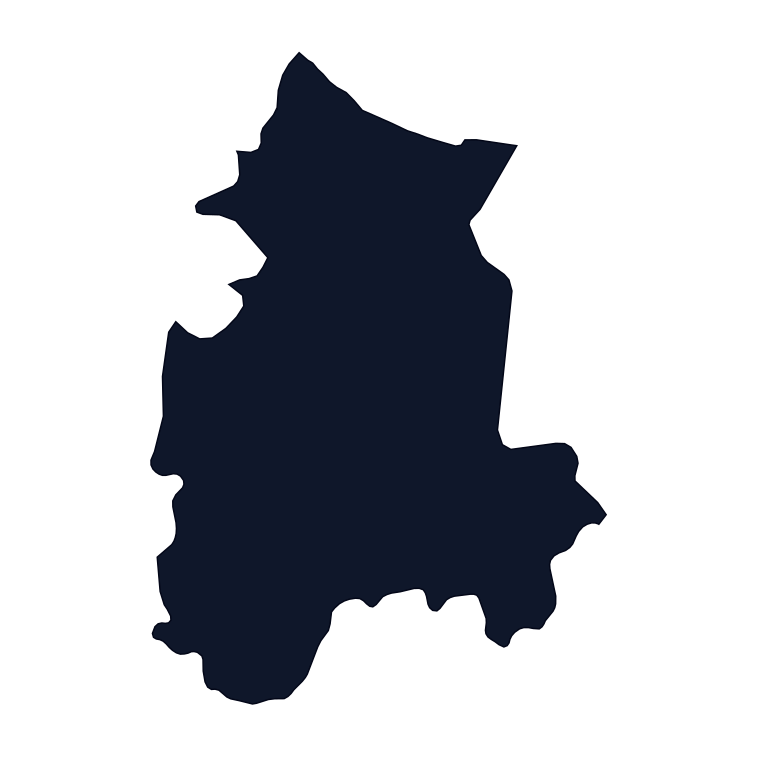 SVG path tracing the border of Aude, rotated 273°
{"feature_id": "FRA-5271", "entity_name": "Aude", "entity_type": "Metropolitan department", "adm_level": 1, "iso_a3": "FRA", "parent_name": "France", "parent_adm1": "", "projection": "albers", "projection_center": [2.266, 43.047], "detail": "fine", "context": "isolated", "style": "filled", "palette": "ink", "viewbox_px": 768, "rotation_deg": 273, "n_neighbors": 0, "source": "natural_earth", "source_scale": "10m", "svg_char_len": 2946}
<svg xmlns="http://www.w3.org/2000/svg" viewBox="0 0 768 768"><g transform="rotate(273 384 384)"><path d="M710.4,281.9L703.4,290.8L700.7,296.0L695.0,301.1L690.2,306.9L683.1,313.6L677.8,321.1L673.0,331.0L665.3,339.4L656.1,348.0L652.1,358.7L648.7,367.6L644.6,378.4L638.1,394.1L635.2,404.9L632.2,414.0L628.2,430.5L625.3,443.0L626.5,448.7L632.0,452.0L632.7,463.5L629.4,498.2L628.9,504.1L563.5,470.8L552.1,461.4L547.6,460.4L517.4,474.4L510.8,480.8L499.7,498.2L494.5,503.3L483.6,506.9L344.0,499.7L329.6,505.4L325.3,514.1L333.7,558.8L333.9,567.5L330.5,574.1L321.8,580.3L315.0,581.9L302.4,579.4L297.2,579.8L276.8,603.6L265.1,612.7L255.2,605.9L255.4,605.6L256.3,602.3L256.2,598.6L254.6,594.2L251.7,589.9L246.9,586.1L242.4,583.9L234.2,580.8L230.6,578.2L227.4,574.2L224.4,567.4L221.3,562.8L216.6,559.5L212.6,558.8L208.3,559.3L181.2,566.6L173.4,566.9L169.5,566.2L166.0,564.7L156.1,557.5L152.7,556.2L149.8,554.5L147.6,551.9L147.7,545.8L148.3,541.3L148.1,536.4L146.6,532.2L142.9,527.5L139.3,524.7L135.6,523.1L132.0,522.4L129.2,520.7L127.7,517.5L129.7,512.5L132.4,508.5L134.5,504.6L136.8,501.1L139.9,498.9L143.3,498.2L150.9,498.7L155.2,498.3L175.2,490.0L178.0,487.7L178.8,484.6L178.6,481.1L175.8,465.3L174.2,461.2L171.8,457.7L162.8,451.6L160.2,448.7L160.5,444.4L163.0,441.3L166.4,439.5L174.1,437.6L177.6,436.2L180.6,434.0L181.8,430.0L181.5,424.9L177.4,411.1L175.6,402.4L173.9,397.9L171.5,393.8L163.4,387.7L160.9,384.5L161.3,381.4L163.6,378.1L166.5,374.9L168.5,371.1L168.6,366.7L167.3,360.7L165.3,355.7L162.3,351.0L157.7,346.4L153.6,343.5L141.6,342.7L134.9,341.3L124.4,334.4L118.1,331.6L90.3,322.6L86.8,320.8L82.9,318.0L74.0,310.0L70.1,307.4L66.9,304.4L64.6,300.8L64.0,291.4L62.9,285.1L58.5,273.4L57.6,269.4L60.2,256.1L61.6,247.4L63.2,243.5L69.6,235.2L70.4,231.3L70.0,227.6L72.1,223.8L77.2,220.9L87.8,218.5L99.4,217.7L102.9,216.4L106.3,211.7L106.9,208.3L106.6,205.6L105.0,202.4L104.0,198.8L103.6,194.7L104.7,190.7L107.0,186.7L109.8,183.3L113.0,180.2L115.6,177.0L117.0,173.6L117.5,169.9L119.0,167.1L122.8,165.8L129.7,168.0L132.7,171.0L133.7,174.6L133.5,178.2L134.2,181.4L137.0,183.6L141.2,183.1L147.8,179.3L152.1,176.1L165.1,171.3L199.2,166.6L212.5,180.5L216.1,182.5L219.7,183.6L223.8,184.3L228.9,184.3L234.6,183.6L250.2,179.6L256.2,179.2L262.4,181.9L269.8,188.3L273.4,189.5L277.2,188.9L281.4,185.6L283.2,182.1L283.4,178.3L281.4,171.0L281.2,167.5L282.2,164.1L284.2,160.7L287.0,157.7L291.0,155.6L295.8,155.3L304.5,158.4L340.3,165.4L380.0,162.4L424.5,166.3L435.3,172.8L424.9,185.2L419.4,197.6L420.9,210.1L431.3,223.2L443.2,233.4L454.5,239.9L465.1,238.2L475.3,223.9L480.4,234.4L482.2,243.8L485.3,251.6L494.2,257.0L504.1,261.4L539.3,227.5L544.4,210.9L544.0,194.3L545.9,188.1L551.9,186.6L556.5,189.7L573.8,223.5L578.5,227.3L585.4,229.0L605.2,226.6L608.7,224.9L608.3,239.0L611.7,246.4L618.2,248.8L627.4,248.1L633.2,249.7L646.9,259.6L653.7,262.5L653.4,262.8L671.8,263.1L687.1,266.7L698.7,272.6L710.4,281.9Z" fill="#0f172a" stroke="#020617" stroke-width="1.5"/></g></svg>